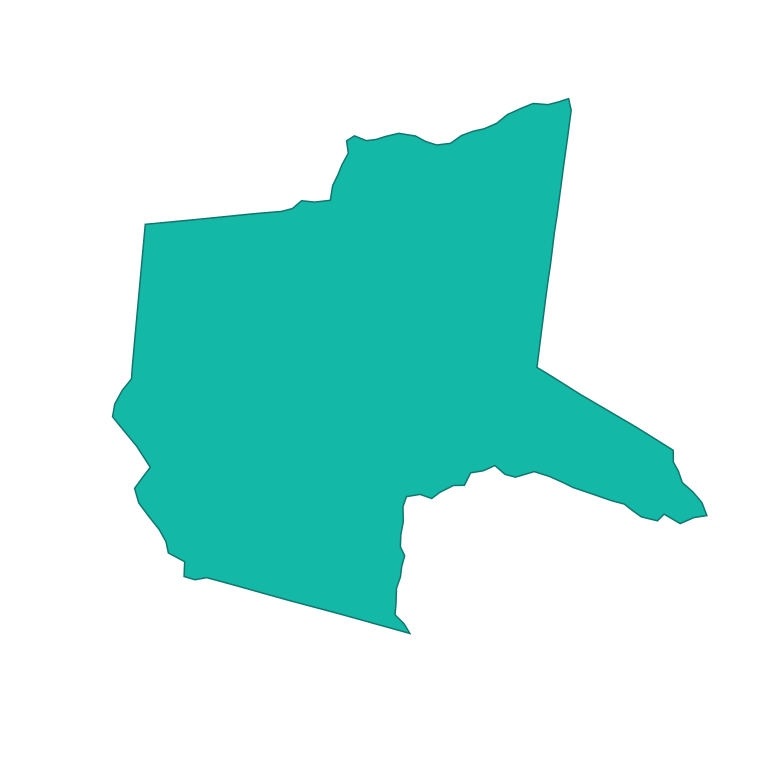 outline of Moreno, Pernambuco, Brazil, rotated 340°
{"feature_id": "56859067B71614390474260", "entity_name": "Moreno", "entity_type": "district", "adm_level": 2, "iso_a3": "BRA", "parent_name": "Brazil", "parent_adm1": "Pernambuco", "projection": "mercator", "projection_center": [-35.132, -8.15], "detail": "fine", "context": "isolated", "style": "filled", "palette": "teal", "viewbox_px": 768, "rotation_deg": 340, "n_neighbors": 0, "source": "geoboundaries", "source_scale": "gbopen_adm2", "svg_char_len": 1539}
<svg xmlns="http://www.w3.org/2000/svg" viewBox="0 0 768 768"><g transform="rotate(340 384 384)"><path d="M642.4,618.1L642.2,604.1L637.3,591.0L630.6,578.6L630.8,566.4L629.2,556.4L633.1,545.2L606.3,510.9L587.7,488.4L564.8,460.8L542.1,431.5L533.4,420.7L564.4,360.4L570.3,349.1L575.4,339.5L581.4,328.5L596.2,299.4L604.9,283.6L627.6,240.1L641.8,213.3L653.5,190.8L655.1,179.0L644.4,178.6L633.7,177.6L620.1,171.4L608.4,171.8L592.2,173.0L579.0,177.6L565.2,178.4L554.7,177.0L541.9,177.0L528.8,180.6L515.2,177.4L506.1,170.4L498.4,161.7L483.6,153.5L469.9,151.9L460.3,151.5L450.6,149.3L441.1,140.7L432.0,142.7L429.4,154.9L419.4,163.7L412.1,171.8L403.6,180.0L396.4,193.0L381.2,189.4L369.2,183.6L357.9,187.8L346.9,186.8L320.4,179.6L258.0,163.7L214.3,152.3L163.1,261.0L154.0,280.4L148.5,292.8L135.9,300.4L124.2,310.7L117.7,321.9L121.2,332.1L130.3,357.8L135.9,382.4L125.2,389.2L113.9,396.8L112.9,412.1L117.7,427.9L123.0,443.9L125.2,457.6L123.6,469.0L135.9,482.8L130.3,496.5L139.4,503.3L151.1,505.3L173.8,521.3L202.2,541.7L221.4,555.4L262.7,584.2L323.0,627.3L320.8,616.1L315.4,604.7L319.8,595.3L325.9,580.2L333.4,571.0L338.2,561.6L344.7,552.4L343.7,542.7L348.2,531.5L355.0,520.1L359.9,505.7L366.6,497.5L380.2,500.1L389.7,507.9L399.4,504.9L414.6,503.1L424.9,506.7L435.0,497.1L447.6,499.5L460.3,498.5L466.8,510.3L475.7,516.5L495.2,517.7L507.9,527.5L517.8,537.1L526.6,546.2L542.1,558.6L557.3,571.0L568.7,579.0L574.8,588.8L580.4,596.9L594.2,606.1L602.7,602.1L614.6,616.5L629.6,615.5L642.4,618.1Z" fill="#14b8a6" stroke="#0f766e" stroke-width="1.5"/></g></svg>